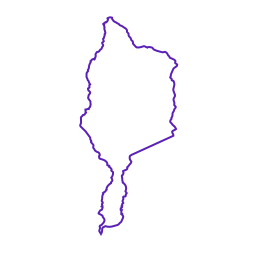 an SVG outline of Apure, rotated 276°
{"feature_id": "VEN-25", "entity_name": "Apure", "entity_type": "State", "adm_level": 1, "iso_a3": "VEN", "parent_name": "Venezuela", "parent_adm1": "", "projection": "equal_earth", "projection_center": [-69.326, 7.078], "detail": "fine", "context": "isolated", "style": "outline", "palette": "violet", "viewbox_px": 256, "rotation_deg": 276, "n_neighbors": 0, "source": "natural_earth", "source_scale": "10m", "svg_char_len": 5747}
<svg xmlns="http://www.w3.org/2000/svg" viewBox="0 0 256 256"><g transform="rotate(276 128 128)"><path d="M22.4,113.0L20.7,112.6L19.8,112.2L21.4,111.0L22.0,110.5L22.5,110.2L23.2,110.2L25.2,110.6L25.8,110.6L27.2,110.1L27.9,110.4L28.2,110.7L28.7,111.7L29.0,112.0L30.5,113.0L31.4,113.7L33.1,114.2L33.5,114.3L34.2,114.2L34.7,114.0L35.1,113.8L36.6,112.5L36.9,112.2L37.7,112.0L38.1,111.7L38.3,111.5L38.9,110.3L39.6,108.2L40.0,107.7L40.7,107.8L42.9,108.8L43.1,109.0L43.7,110.0L44.0,110.5L44.5,110.7L46.0,111.0L46.7,111.0L47.1,110.5L47.2,110.0L47.4,110.1L47.9,110.7L48.3,110.6L49.1,110.1L49.5,110.0L49.8,110.1L50.5,110.6L51.0,110.7L51.4,110.6L51.6,110.5L51.9,110.0L52.7,109.5L53.3,109.5L54.7,109.7L57.4,109.6L58.7,109.8L60.0,110.4L60.7,109.9L61.5,110.7L62.2,111.8L62.8,112.3L63.6,112.4L64.0,112.6L64.4,113.2L64.9,113.2L65.9,113.0L67.4,113.5L68.8,114.3L70.2,115.5L71.4,116.9L72.0,116.7L72.7,117.1L73.3,117.6L74.0,117.9L74.7,117.8L76.3,117.1L76.8,116.6L78.1,117.3L79.8,117.8L81.4,117.9L82.7,117.6L83.7,116.0L84.1,115.8L85.0,116.0L85.7,115.7L86.2,115.1L87.1,114.0L87.4,113.3L87.8,113.4L88.0,113.5L88.4,113.4L88.5,113.2L88.6,112.2L88.8,111.4L89.3,111.2L90.1,111.2L90.8,111.0L92.1,110.1L93.1,108.6L93.8,106.9L94.5,103.4L94.9,102.7L96.5,102.2L96.9,102.1L97.3,102.3L97.8,102.7L98.1,102.8L98.7,102.6L99.6,102.2L100.4,101.5L100.8,100.6L101.0,99.7L101.5,98.6L102.1,97.6L102.6,97.2L103.1,97.0L104.7,95.5L105.3,95.4L107.0,95.5L107.5,95.3L108.0,94.9L109.6,93.1L110.1,92.7L110.6,92.6L111.1,92.9L111.5,92.6L112.7,91.8L113.1,91.6L114.1,91.5L114.7,91.2L120.3,86.1L124.4,80.9L125.1,80.3L126.0,80.2L127.7,80.7L129.0,80.7L133.3,80.1L134.1,80.3L135.4,81.5L136.1,81.7L136.3,82.0L136.6,83.1L136.8,83.4L138.2,84.0L138.9,84.7L139.1,84.6L139.5,84.1L141.0,84.0L141.5,83.7L141.9,83.7L142.3,85.2L142.8,86.0L142.8,86.8L142.8,87.0L143.0,87.0L143.5,87.0L144.9,88.0L147.1,88.4L150.5,87.8L151.0,87.5L151.5,86.9L153.3,85.4L153.9,85.2L156.1,85.4L156.9,85.6L158.3,86.5L159.2,86.7L160.1,86.2L161.3,84.7L162.0,84.4L162.7,84.1L163.1,84.1L163.3,84.5L164.3,85.4L165.0,85.3L165.9,85.1L166.7,85.1L167.0,85.5L167.3,85.8L168.1,85.3L169.2,84.4L170.4,84.0L170.8,83.7L171.5,82.9L172.6,82.5L173.9,81.7L174.5,81.4L178.1,81.1L179.0,81.4L179.8,82.0L180.6,82.4L181.4,82.0L183.0,82.7L186.4,82.9L188.2,83.4L189.0,83.8L189.7,84.0L190.6,83.7L190.7,83.8L190.9,84.3L191.9,84.7L192.7,85.5L193.0,86.5L192.6,87.3L193.0,87.7L193.3,87.8L194.1,87.7L195.0,88.2L195.4,88.3L196.7,88.3L197.6,88.0L198.0,88.0L200.1,89.0L200.5,89.5L200.7,90.6L201.3,91.3L202.6,91.9L203.2,92.5L203.6,93.0L204.1,93.4L205.8,93.8L206.5,94.3L207.2,94.6L208.0,94.6L209.3,93.6L210.1,93.4L211.6,94.8L212.3,94.6L213.1,94.2L213.9,93.9L214.2,94.0L214.6,94.4L218.2,95.2L218.9,94.9L219.2,95.0L219.6,95.4L219.8,95.5L220.5,95.5L224.2,94.1L225.0,94.0L225.6,94.2L225.8,94.1L227.3,93.5L228.1,93.6L228.3,93.5L228.4,93.3L228.3,92.8L228.5,92.6L229.0,92.5L229.3,92.7L230.0,93.9L230.8,94.4L231.0,94.7L230.8,95.2L231.5,95.9L232.6,96.5L233.7,96.8L234.9,96.1L235.2,96.4L236.0,97.9L236.2,98.7L236.2,99.5L236.0,100.6L235.5,100.6L234.6,101.0L233.2,102.2L232.6,103.0L232.1,103.9L231.7,105.2L231.2,106.1L230.6,107.6L230.4,108.0L229.5,109.0L229.3,109.4L228.8,111.2L226.6,115.4L225.9,116.2L225.2,116.7L223.8,116.9L223.1,117.3L222.4,118.2L222.1,118.5L221.7,118.7L220.3,118.9L219.5,119.3L217.6,121.3L216.0,122.0L215.6,122.4L215.0,123.2L214.7,123.6L213.9,123.9L212.4,124.2L209.6,127.2L209.0,128.6L209.3,130.6L209.9,132.7L210.9,134.8L211.0,135.9L210.7,136.9L210.3,137.8L210.0,138.9L210.5,139.3L210.7,140.3L210.7,142.2L210.5,143.5L209.9,144.3L209.1,145.0L208.5,146.1L207.7,149.1L206.9,154.4L207.0,154.9L207.1,155.4L207.5,156.4L207.6,156.9L207.3,157.7L206.8,158.5L206.2,159.2L204.6,160.2L204.3,160.5L203.5,161.6L203.1,161.8L202.4,162.1L202.2,162.4L202.0,162.9L201.7,164.2L200.8,166.7L200.2,167.6L199.6,168.1L199.2,168.2L198.4,168.0L198.0,168.0L197.5,168.2L197.2,168.6L196.7,169.7L196.2,170.3L194.8,170.1L193.8,169.1L192.8,167.9L191.8,167.0L186.2,165.2L183.7,165.0L183.0,164.7L182.7,164.7L182.3,165.0L181.7,165.9L181.3,166.3L180.9,166.4L180.4,166.4L180.0,166.6L179.8,167.2L179.7,167.7L179.6,168.2L179.3,168.5L178.6,168.8L177.4,169.3L175.9,169.6L171.3,169.0L169.8,169.3L165.7,171.3L164.4,171.3L162.1,170.4L161.3,170.3L160.5,170.4L157.9,171.5L155.7,171.6L155.3,171.9L154.4,173.0L153.9,173.3L153.0,173.1L151.6,172.2L150.8,172.0L150.0,171.9L147.7,170.9L147.0,170.8L144.7,170.9L143.9,170.7L143.1,170.3L142.3,170.1L141.6,170.3L140.3,169.5L139.6,169.3L138.7,169.3L138.0,169.7L137.0,171.0L136.2,171.6L134.1,174.4L132.1,175.9L131.3,175.1L129.8,172.8L129.0,172.3L128.1,172.5L126.4,173.6L125.5,173.9L125.0,173.9L101.7,134.4L100.6,133.0L99.6,132.7L98.2,132.8L96.9,133.2L94.9,134.8L93.8,134.7L90.1,132.3L89.6,132.1L89.2,131.5L89.1,131.4L88.7,131.3L87.9,131.5L87.5,131.5L87.0,131.3L86.6,131.0L84.8,127.9L84.6,127.6L84.0,127.7L83.0,128.2L82.4,128.2L80.8,127.7L80.3,127.1L80.1,126.9L79.1,127.0L76.9,127.6L75.4,127.8L74.0,128.4L73.3,128.4L73.0,128.7L72.8,129.2L72.4,129.8L70.9,131.3L69.1,132.2L67.2,132.5L64.7,132.1L64.3,132.4L64.0,132.8L63.6,133.3L63.0,133.5L62.6,133.4L62.3,133.1L61.9,132.8L60.2,132.8L59.7,132.5L59.5,132.0L59.4,130.8L59.1,130.5L58.5,130.4L57.1,130.8L56.5,130.7L55.3,130.3L54.8,130.2L54.2,130.4L53.3,131.0L52.8,131.1L52.1,130.3L51.3,130.1L50.7,130.3L50.0,130.4L49.8,129.9L49.6,129.7L49.3,129.8L48.8,130.2L48.6,130.3L48.3,130.3L47.9,129.9L47.7,129.5L47.4,129.2L46.2,129.2L45.7,129.3L45.5,129.6L45.6,130.4L44.6,130.1L43.8,130.1L42.9,130.3L41.9,130.3L42.0,131.2L41.8,131.4L41.4,131.3L41.0,131.3L39.8,132.4L39.3,132.5L38.1,132.4L34.1,131.1L33.7,130.8L32.8,129.9L32.4,129.5L31.4,128.9L31.0,128.5L30.4,127.6L28.4,122.5L28.0,121.1L27.8,119.7L27.7,118.3L27.7,117.9L28.0,115.9L28.0,115.7L27.8,115.5L26.5,113.4L25.3,112.9L22.4,113.0Z" fill="none" stroke="#5b21b6" stroke-width="2"/></g></svg>